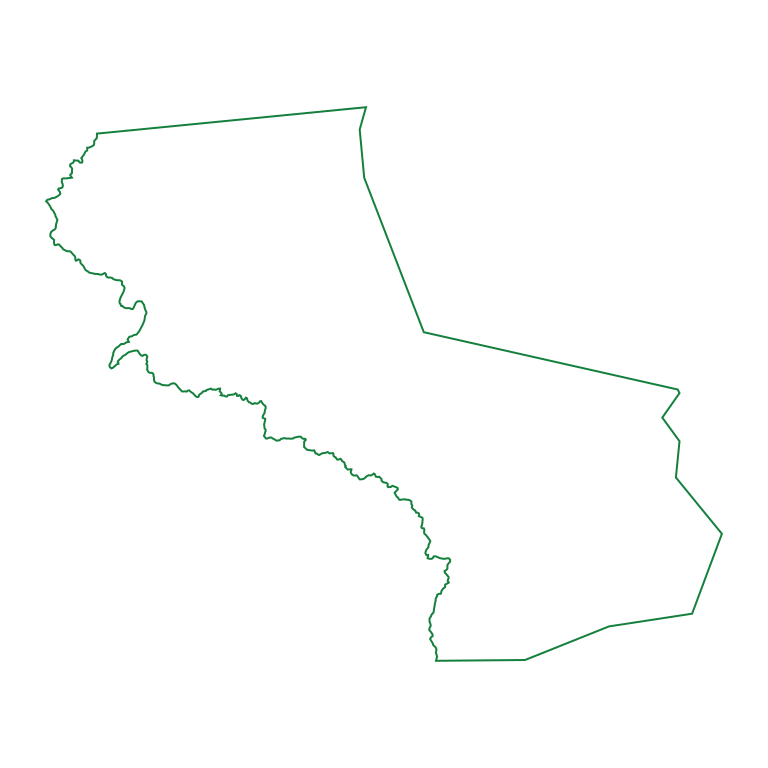 outline of Tambura, Western Equatoria, South Sudan
{"feature_id": "79223893B47853667167464", "entity_name": "Tambura", "entity_type": "district", "adm_level": 2, "iso_a3": "SSD", "parent_name": "South Sudan", "parent_adm1": "Western Equatoria", "projection": "mercator", "projection_center": [26.783, 6.031], "detail": "fine", "context": "isolated", "style": "outline", "palette": "green", "viewbox_px": 768, "rotation_deg": 0, "n_neighbors": 0, "source": "geoboundaries", "source_scale": "gbopen_adm2", "svg_char_len": 6021}
<svg xmlns="http://www.w3.org/2000/svg" viewBox="0 0 768 768"><path d="M366.0,107.2L97.0,133.6L96.8,138.1L94.2,141.0L94.2,143.4L93.8,145.1L91.6,146.5L89.4,147.5L87.2,147.7L87.2,150.5L85.6,151.5L84.8,152.7L84.6,153.5L83.8,154.9L81.3,158.1L81.9,158.9L82.5,161.3L82.1,162.5L80.1,162.7L78.3,160.7L73.9,160.3L73.9,161.5L73.1,162.7L70.3,164.3L70.1,166.3L71.1,167.1L72.1,168.5L71.9,173.3L70.5,174.3L70.3,175.3L71.9,177.7L66.1,178.4L63.2,178.4L61.9,179.1L61.8,182.4L62.6,183.9L62.9,185.9L62.3,187.5L60.7,188.2L58.7,188.5L58.1,189.5L59.9,191.9L60.3,193.9L58.9,195.3L56.7,196.8L54.4,197.9L51.6,198.2L50.2,199.1L47.3,199.8L46.1,201.3L47.7,202.7L50.3,206.5L51.4,209.1L53.1,210.6L55.4,215.0L55.4,215.9L57.4,219.9L56.1,224.2L55.7,228.1L54.5,229.6L52.5,230.7L51.1,232.0L50.5,233.4L50.3,236.0L51.1,237.4L54.1,239.9L54.0,242.8L54.3,244.4L55.0,245.2L56.3,245.0L57.7,244.4L58.9,244.4L62.4,248.1L63.2,249.3L67.0,251.2L70.3,251.4L71.5,252.5L72.8,254.2L74.6,255.9L75.3,257.4L75.3,259.1L75.7,260.6L76.8,260.5L78.4,259.3L80.3,260.4L80.4,262.8L81.7,264.3L83.4,265.9L84.3,267.9L85.6,270.1L87.8,271.4L89.2,272.6L95.2,273.9L98.3,274.0L99.7,274.6L101.8,274.6L104.8,273.0L105.9,274.0L106.0,275.6L107.3,277.3L108.8,277.6L110.2,277.5L112.1,277.9L113.4,279.2L116.7,280.2L120.1,280.3L122.1,281.6L122.0,284.7L123.9,286.3L124.6,287.9L123.7,291.4L120.5,297.7L119.6,300.6L119.5,301.9L119.8,303.6L120.6,304.0L121.3,306.0L122.5,306.0L123.4,307.1L125.6,308.1L129.7,308.1L131.1,309.0L132.6,309.1L133.6,307.8L135.8,302.8L137.5,301.4L139.6,301.3L141.6,301.4L144.0,304.9L144.7,308.0L145.5,310.3L146.4,312.0L146.4,313.4L145.1,315.9L144.4,320.5L142.8,324.4L139.1,331.4L136.5,334.6L134.2,334.9L131.8,336.3L129.3,336.8L127.6,339.4L128.9,341.9L126.2,342.4L124.5,343.7L123.0,344.0L121.2,344.0L118.1,346.8L116.4,347.8L114.9,349.4L113.3,352.8L113.1,355.2L112.2,357.6L112.0,359.1L111.2,361.9L109.5,364.6L109.5,365.7L109.9,367.2L111.4,368.4L113.0,367.7L116.8,364.3L118.4,363.9L118.4,362.7L117.7,361.9L118.0,361.1L119.6,359.4L121.3,358.1L122.5,356.4L126.2,354.2L127.6,352.9L129.0,352.1L133.9,350.8L136.0,350.5L137.6,350.6L139.9,354.1L140.9,355.3L142.6,355.9L144.1,354.8L145.9,354.8L147.2,356.2L147.3,357.0L146.8,358.1L146.5,360.2L147.3,361.7L146.3,364.0L147.3,364.9L147.4,368.0L147.1,369.7L148.5,372.1L149.8,372.8L151.9,372.8L152.9,373.5L153.5,374.3L153.5,376.0L154.1,377.8L154.0,380.1L154.5,381.6L155.7,382.7L157.7,383.5L159.5,383.5L161.7,384.8L163.3,385.1L168.3,385.5L171.4,383.7L173.2,383.3L174.3,383.3L175.9,384.4L177.1,385.7L178.1,387.3L182.0,391.4L183.7,391.5L185.3,391.3L186.6,391.6L188.2,390.5L189.3,390.4L190.5,391.6L193.3,393.6L195.7,396.3L197.3,397.1L198.5,396.8L199.2,394.7L202.3,392.6L202.8,391.5L205.8,391.0L206.2,390.2L207.2,389.8L211.1,388.6L212.4,389.7L214.2,389.5L215.6,389.8L216.8,389.5L218.1,388.7L220.1,388.6L219.7,391.3L221.3,392.9L221.7,394.0L220.8,395.2L222.9,395.7L223.9,395.5L225.9,396.6L227.3,396.2L227.8,395.3L229.2,394.9L232.4,394.7L234.3,394.2L235.5,393.3L236.8,394.2L237.0,395.8L238.5,396.0L239.4,395.1L240.8,395.9L241.3,397.9L242.5,399.7L243.6,400.0L244.7,399.2L246.0,397.7L247.1,398.4L247.2,399.6L247.8,400.9L248.9,402.2L250.0,402.4L251.2,403.4L252.7,404.1L254.8,403.1L256.4,403.6L257.6,403.6L259.5,402.2L260.2,401.2L261.2,401.1L262.2,402.9L263.4,404.5L264.9,405.6L265.7,406.8L265.6,408.5L264.9,410.2L264.6,412.9L263.2,415.2L262.7,416.4L262.7,417.8L265.2,418.8L265.2,420.0L264.1,424.5L264.6,428.5L265.6,429.6L265.6,431.2L265.1,432.2L264.7,434.1L263.9,435.9L266.1,438.6L267.2,438.5L269.9,437.5L271.4,437.5L272.7,438.5L274.1,439.1L275.8,440.3L277.3,440.7L278.1,440.3L279.6,440.3L280.9,438.9L284.7,438.1L286.2,438.6L288.4,438.5L290.4,438.7L293.2,438.5L294.1,437.7L298.2,436.7L300.8,436.7L302.2,438.3L303.7,438.9L305.3,438.9L305.8,439.9L304.2,441.6L304.1,447.0L307.1,449.8L312.3,450.6L314.3,450.4L315.6,453.5L316.8,453.5L318.3,454.7L319.3,455.0L321.9,453.4L325.8,452.8L327.7,452.0L329.4,453.4L333.0,453.1L333.5,454.1L333.5,455.7L334.2,456.6L335.6,457.4L337.2,459.6L338.5,459.6L340.3,458.8L341.4,459.6L341.9,460.9L344.2,462.4L344.8,463.8L344.8,464.9L345.8,465.9L345.2,467.0L346.0,467.6L346.7,468.6L347.6,469.5L351.4,469.3L351.3,470.4L350.8,471.6L350.8,472.5L351.6,474.0L352.5,474.9L353.3,475.3L354.8,475.6L356.4,475.3L357.2,475.7L359.1,478.6L359.8,479.4L362.5,479.2L363.9,478.7L365.5,477.5L366.0,476.7L367.0,476.1L368.8,475.2L369.5,475.4L370.9,475.4L372.0,475.0L373.9,473.5L374.6,473.9L375.9,476.7L377.8,477.0L379.3,476.8L381.5,479.1L381.5,480.5L382.3,481.6L383.8,482.4L386.6,482.9L387.8,484.1L387.5,486.5L388.3,487.2L391.0,486.9L392.3,485.8L396.2,487.2L397.8,488.2L397.8,489.4L394.6,492.8L396.7,496.6L398.1,497.7L398.6,498.8L399.6,499.9L400.7,499.9L401.5,499.5L405.2,499.3L406.0,499.7L408.4,499.8L410.3,500.5L411.4,501.6L411.4,504.2L412.3,505.5L412.3,506.1L411.8,507.1L412.3,508.3L413.5,509.5L415.2,510.5L416.1,512.6L417.2,512.6L418.8,513.3L419.2,514.8L418.8,516.1L422.4,517.7L422.7,519.2L422.4,521.5L422.4,523.3L421.9,524.6L421.9,525.5L421.4,526.3L421.4,527.6L422.4,528.3L423.8,528.3L424.4,529.6L424.1,532.5L424.4,533.7L426.1,535.2L429.7,540.0L430.3,541.3L428.6,545.0L428.3,547.4L426.4,549.7L425.6,551.8L425.4,553.4L426.5,555.2L428.1,555.0L428.1,556.2L427.6,558.2L429.3,558.8L431.6,558.8L432.7,558.3L433.7,556.4L435.7,556.3L440.0,558.2L443.7,558.8L445.1,558.8L446.8,558.3L448.8,558.3L450.2,559.9L450.1,561.7L449.1,562.7L447.4,565.0L447.4,568.6L446.4,569.9L444.5,571.1L444.9,572.6L448.6,577.0L448.6,578.3L447.8,580.0L447.7,581.0L448.8,582.6L445.2,584.6L445.1,587.0L442.8,589.0L441.5,591.0L440.9,593.7L438.7,593.9L437.1,594.9L437.1,596.4L436.5,597.0L435.7,598.7L435.7,600.3L434.9,603.8L433.5,612.5L431.5,614.7L431.0,616.3L429.5,618.7L429.5,621.4L430.6,624.5L430.6,626.2L429.4,628.4L429.2,630.0L431.1,632.2L432.6,634.5L432.6,636.1L430.9,637.4L430.1,638.9L432.7,643.3L433.2,645.0L435.6,647.3L436.5,649.4L435.9,652.6L437.1,656.6L436.0,660.8L525.0,660.0L609.0,626.4L692.1,613.7L721.9,533.8L675.9,477.5L679.5,441.2L662.3,417.6L679.5,393.1L677.7,389.5L423.8,332.2L364.2,177.7L359.7,129.5L366.0,107.2Z" fill="none" stroke="#15803d" stroke-width="2"/></svg>